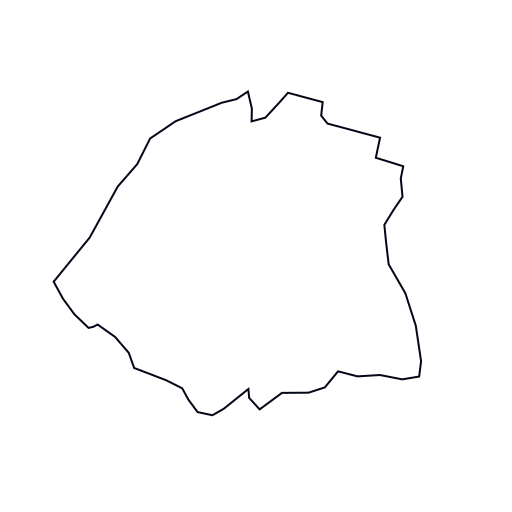 map outline of Kyenjojo (Albers equal-area conic projection), rotated 285°
{"feature_id": "UGA-3107", "entity_name": "Kyenjojo", "entity_type": "District", "adm_level": 1, "iso_a3": "UGA", "parent_name": "Uganda", "parent_adm1": "", "projection": "albers", "projection_center": [30.656, 0.613], "detail": "fine", "context": "isolated", "style": "outline", "palette": "ink", "viewbox_px": 512, "rotation_deg": 285, "n_neighbors": 0, "source": "natural_earth", "source_scale": "10m", "svg_char_len": 819}
<svg xmlns="http://www.w3.org/2000/svg" viewBox="0 0 512 512"><g transform="rotate(285 256 256)"><path d="M125.6,283.1L100.1,264.4L90.9,255.1L90.1,240.0L99.9,227.7L109.1,219.0L112.8,200.9L116.3,167.3L129.5,158.2L141.3,140.9L148.8,120.8L145.6,117.3L143.2,112.9L152.6,95.8L164.7,80.7L178.8,67.2L230.8,90.6L287.4,104.5L314.0,117.5L342.1,123.3L365.4,143.5L395.1,183.1L402.5,196.6L412.8,205.6L397.2,213.9L384.9,216.9L392.1,229.3L411.6,239.5L421.9,244.6L421.9,280.6L408.5,282.6L402.4,290.8L402.4,345.2L381.9,346.3L380.8,375.0L368.3,375.8L351.1,382.2L336.7,377.1L319.3,371.9L302.9,378.1L282.3,386.3L258.7,409.9L230.0,428.4L197.1,442.7L181.8,444.8L174.7,429.2L173.1,406.4L166.0,385.2L165.8,365.1L146.9,356.5L137.6,342.2L130.5,316.5L108.8,299.2L117.2,286.1L125.6,283.1Z" fill="none" stroke="#020617" stroke-width="2"/></g></svg>